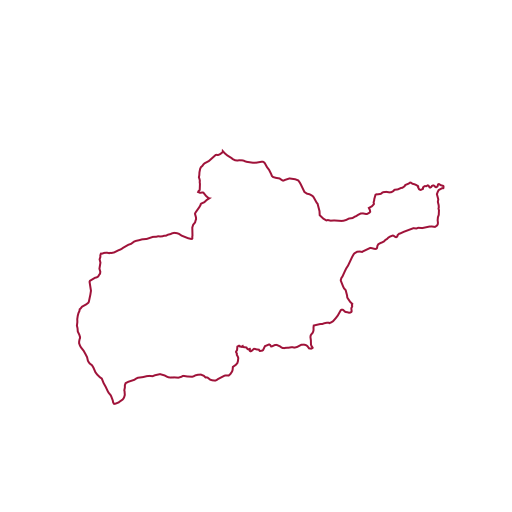 outline of Matanza, Santander, Colombia, rotated 241°
{"feature_id": "7082276B77365397936379", "entity_name": "Matanza", "entity_type": "district", "adm_level": 2, "iso_a3": "COL", "parent_name": "Colombia", "parent_adm1": "Santander", "projection": "orthographic", "projection_center": [-73.058, 7.329], "detail": "fine", "context": "isolated", "style": "outline", "palette": "rose", "viewbox_px": 512, "rotation_deg": 241, "n_neighbors": 0, "source": "geoboundaries", "source_scale": "gbopen_adm2", "svg_char_len": 6101}
<svg xmlns="http://www.w3.org/2000/svg" viewBox="0 0 512 512"><g transform="rotate(241 256 256)"><path d="M363.8,277.8L363.0,277.3L362.5,274.1L362.6,272.3L362.9,271.4L363.6,270.6L363.9,269.6L361.9,260.8L362.0,256.0L361.6,254.4L360.8,252.8L360.4,250.9L359.3,249.4L356.6,247.1L354.2,245.6L352.5,244.2L350.7,243.9L348.9,243.3L348.0,242.6L346.2,241.9L341.4,239.0L341.0,238.7L340.6,237.2L340.0,236.4L338.4,237.7L337.5,240.0L336.9,240.7L332.8,241.4L329.5,242.6L329.1,243.1L328.9,240.0L328.1,236.9L328.4,233.5L328.1,232.7L327.4,232.1L326.2,230.1L323.3,224.1L322.5,223.1L318.8,222.2L317.2,221.4L316.5,220.5L314.9,219.0L313.8,216.2L311.8,214.1L304.6,210.3L303.6,209.5L302.3,208.9L302.0,208.4L302.3,207.6L304.5,205.2L309.9,200.8L312.8,199.3L314.3,197.9L315.9,195.7L316.5,193.6L316.6,191.9L317.3,189.4L317.4,187.2L318.3,185.3L318.6,183.7L319.5,181.7L320.7,180.0L321.1,178.3L322.7,175.1L323.9,168.7L325.8,164.4L326.5,161.4L327.4,158.4L327.7,156.5L327.2,152.6L327.7,149.8L327.6,143.6L327.4,142.2L327.4,140.6L327.7,138.4L327.9,133.6L328.7,131.1L329.6,129.5L329.6,129.0L331.1,127.3L332.3,124.8L332.7,122.5L333.3,121.6L333.2,121.4L332.1,120.2L330.6,119.4L328.9,117.6L325.6,116.7L320.8,112.9L317.7,112.2L316.1,111.0L315.8,110.1L314.7,108.2L314.5,107.3L314.6,106.0L315.0,104.7L314.8,98.7L314.1,97.9L305.6,94.8L302.4,92.3L297.0,87.6L296.4,86.7L296.0,84.0L296.0,79.2L295.1,77.1L294.9,76.0L293.5,74.9L292.1,73.0L290.1,71.1L287.5,69.1L284.8,67.7L281.9,65.6L279.4,64.9L276.3,63.5L272.8,63.3L270.4,62.8L269.3,62.1L268.8,61.4L267.0,59.9L265.5,59.0L262.9,58.6L261.0,58.6L256.6,59.3L252.8,59.3L249.4,59.2L245.9,58.2L244.6,58.2L242.7,58.4L239.9,59.6L237.3,59.7L232.2,59.2L229.3,59.6L225.6,60.7L223.6,61.7L218.8,61.1L214.3,61.1L209.8,60.8L207.9,60.8L204.6,61.4L203.3,61.3L199.1,60.7L197.3,60.1L195.7,60.1L195.4,60.3L195.0,61.4L194.5,65.0L194.7,65.7L195.1,69.7L195.6,71.0L196.6,72.4L198.1,73.9L201.3,75.4L202.4,75.7L204.5,77.5L206.6,78.7L208.0,80.3L207.9,83.3L206.7,89.6L206.9,91.7L206.8,93.6L204.9,98.4L203.8,102.4L202.7,104.8L201.0,107.3L200.7,109.8L199.2,114.8L195.8,118.2L193.6,119.6L192.3,120.7L190.8,122.8L190.6,123.6L189.9,124.5L189.7,125.3L187.2,129.1L186.5,132.4L186.6,133.6L186.2,134.6L184.0,137.4L181.3,141.7L181.0,143.3L181.0,145.1L180.3,147.6L179.0,150.3L176.5,152.3L174.2,153.0L173.7,154.1L172.9,154.8L170.0,156.0L168.4,157.6L166.8,159.9L166.6,161.4L166.8,163.2L166.6,170.4L166.3,171.4L164.7,174.2L165.2,176.4L166.6,179.1L167.7,180.3L170.2,182.0L170.6,185.6L171.4,187.8L172.8,189.2L175.3,191.0L176.8,191.3L178.9,191.3L180.0,192.0L181.3,191.9L181.9,192.1L183.0,193.9L185.8,195.8L185.8,197.6L185.5,198.0L184.5,198.1L184.1,198.9L183.6,199.2L183.7,200.7L182.7,200.5L180.6,203.3L179.1,203.4L178.5,203.6L178.0,204.3L177.8,205.6L177.5,205.6L176.6,204.6L176.0,204.6L175.3,205.0L175.1,205.9L175.8,209.1L175.4,209.9L174.0,211.2L172.7,213.1L171.2,213.2L171.0,213.4L170.2,215.7L170.3,216.6L172.8,220.1L172.3,224.6L171.4,225.2L169.5,225.4L169.2,226.3L169.0,229.3L168.2,231.0L165.3,233.2L163.9,233.8L162.7,234.6L161.6,236.3L161.3,237.5L160.0,240.0L159.1,242.6L158.6,243.6L157.3,245.1L156.9,246.3L156.5,248.0L156.4,252.6L155.2,255.0L154.1,256.2L153.3,256.8L152.1,257.3L149.5,257.6L148.2,259.3L148.1,260.8L148.4,261.1L150.3,260.9L151.8,261.1L155.6,263.1L158.7,264.3L160.0,265.3L160.6,266.3L161.3,268.2L162.1,269.3L163.3,270.4L165.7,271.7L167.2,272.8L165.4,279.1L164.4,281.0L164.1,283.0L163.4,285.3L162.7,286.8L162.2,287.4L161.7,287.6L161.5,289.7L161.6,291.8L163.0,295.7L164.3,298.7L167.5,303.9L167.5,304.7L167.4,305.2L166.7,306.0L163.8,307.0L162.3,308.9L161.5,309.6L160.9,310.6L160.8,312.1L161.0,312.6L161.6,313.0L163.6,313.8L164.3,314.3L165.1,315.5L165.6,315.9L166.7,316.1L167.4,317.0L170.3,316.1L174.9,315.7L175.7,315.8L177.3,316.5L182.4,317.8L183.1,317.8L184.9,317.3L187.0,317.4L193.3,318.2L193.9,318.5L195.5,320.2L196.1,321.6L199.8,326.6L201.4,328.9L203.0,331.9L208.6,339.7L210.2,342.3L210.6,343.4L210.7,346.5L210.4,347.2L209.6,348.9L208.1,350.8L208.2,351.7L207.7,359.8L206.8,361.0L204.9,363.0L204.2,364.0L204.0,364.9L204.3,365.7L206.1,367.2L207.0,368.7L207.0,371.5L206.8,372.2L206.7,375.0L207.3,376.9L207.4,379.0L207.9,380.6L208.0,382.8L207.6,385.5L207.1,386.1L204.9,387.2L204.4,388.0L204.6,389.0L205.6,390.0L206.1,392.1L205.8,393.0L205.5,397.1L204.0,407.2L202.3,409.6L202.0,411.6L199.8,415.0L197.6,422.2L196.5,424.2L194.7,426.6L194.8,428.5L195.1,429.5L195.7,430.4L196.8,431.2L199.2,432.2L201.7,433.9L203.4,435.8L207.3,438.2L209.0,438.6L210.0,439.5L211.9,440.4L215.2,441.3L217.2,442.9L222.4,444.2L224.1,446.2L225.1,447.8L225.1,451.4L224.5,452.7L224.9,453.1L226.1,453.8L226.6,453.7L228.4,451.9L230.2,450.9L230.4,450.4L230.3,449.9L228.9,448.5L228.7,447.1L229.2,446.4L230.9,446.0L231.7,445.4L231.9,444.8L232.0,443.8L231.4,442.7L231.4,441.5L231.8,441.1L233.8,441.0L234.5,440.5L234.5,438.8L235.3,437.5L235.2,435.9L234.8,435.2L233.8,434.6L233.9,432.5L234.1,431.8L235.3,431.0L237.6,431.1L238.2,431.6L238.9,431.5L239.1,431.2L240.2,430.7L241.9,429.4L243.3,427.9L245.2,426.9L245.5,426.3L245.3,424.7L245.7,421.0L245.0,419.8L244.7,417.1L245.2,415.8L245.5,412.3L246.7,409.4L246.7,408.9L246.2,407.7L246.2,405.4L246.9,403.6L248.9,401.1L250.1,398.3L250.2,397.0L249.9,396.1L249.9,395.1L251.0,392.2L251.6,391.2L251.6,390.2L248.4,387.0L247.6,386.5L245.8,384.8L244.6,384.5L244.2,384.2L243.3,381.5L243.3,378.0L241.0,377.9L239.3,377.3L238.9,376.2L238.9,373.6L239.3,372.7L241.4,370.2L242.4,368.2L242.5,365.1L242.3,362.9L242.5,361.7L242.4,358.8L243.7,355.4L243.8,352.4L244.4,349.7L245.2,347.8L249.2,341.6L250.7,338.4L252.6,336.3L253.0,334.8L256.0,333.0L260.8,331.5L264.5,333.3L271.9,335.2L273.2,334.9L279.5,334.9L281.0,334.6L282.9,333.5L284.1,332.7L285.8,330.8L288.5,329.4L296.9,329.9L299.1,329.9L301.6,329.6L304.1,327.5L307.6,322.9L308.5,318.2L308.6,316.8L308.8,316.2L309.9,315.4L312.4,314.2L314.7,311.3L316.8,309.2L318.3,308.7L320.3,309.0L325.0,309.2L328.4,308.7L333.0,308.7L334.5,308.2L335.1,307.7L335.7,306.7L337.7,300.9L337.7,301.1L339.0,298.6L342.9,293.5L344.4,292.1L345.2,291.6L346.2,290.5L347.9,287.7L348.5,286.0L349.9,284.1L352.2,282.5L353.3,282.2L358.0,279.6L360.9,278.5L363.8,277.8Z" fill="none" stroke="#9f1239" stroke-width="2"/></g></svg>